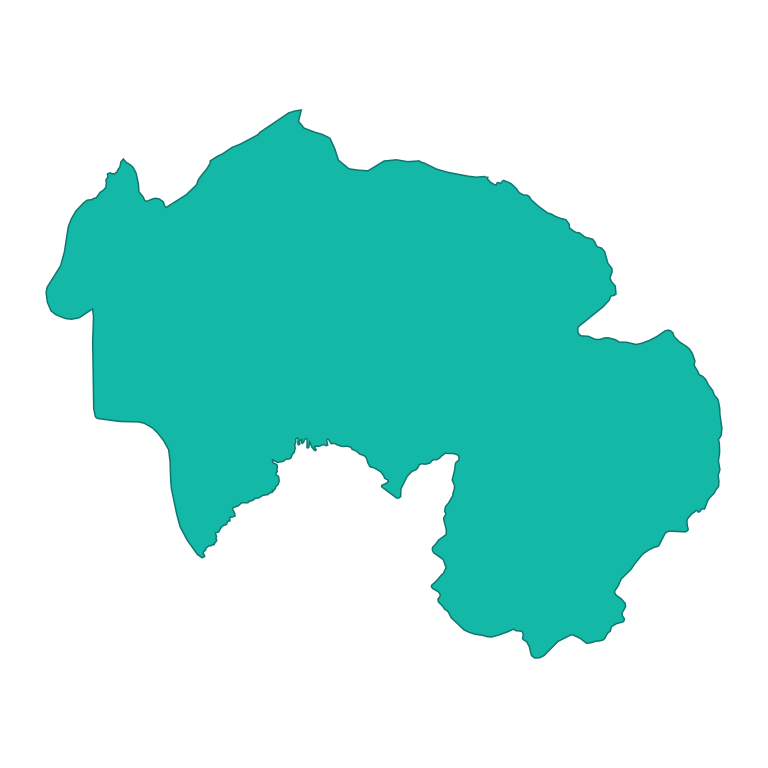 the district of Paksxong, Champasak, Laos
{"feature_id": "54806243B99884801714166", "entity_name": "Paksxong", "entity_type": "district", "adm_level": 2, "iso_a3": "LAO", "parent_name": "Laos", "parent_adm1": "Champasak", "projection": "orthographic", "projection_center": [106.383, 15.076], "detail": "fine", "context": "isolated", "style": "filled", "palette": "teal", "viewbox_px": 768, "rotation_deg": 0, "n_neighbors": 0, "source": "geoboundaries", "source_scale": "gbopen_adm2", "svg_char_len": 6104}
<svg xmlns="http://www.w3.org/2000/svg" viewBox="0 0 768 768"><path d="M92.7,341.3L93.7,408.7L95.4,416.7L96.3,417.7L97.7,418.5L119.9,421.5L138.3,421.9L144.2,423.2L152.5,427.9L158.0,433.3L163.8,440.9L168.7,449.8L170.1,461.9L170.7,480.5L171.4,488.6L176.7,514.0L180.1,526.7L187.1,540.0L197.6,554.7L202.2,557.7L204.6,556.6L204.6,555.8L203.1,552.8L203.5,551.8L205.4,550.3L205.9,548.2L208.8,545.9L211.2,545.7L212.7,544.5L214.0,544.8L214.9,542.8L216.5,541.0L216.7,539.9L215.9,538.7L216.6,536.3L215.4,533.7L215.8,532.7L218.6,532.0L221.5,526.9L223.2,525.5L226.4,524.5L227.8,521.3L229.9,520.9L229.7,518.5L230.2,517.1L232.4,517.0L235.0,516.1L234.8,513.6L232.4,508.6L233.0,507.7L238.1,505.9L241.7,502.8L247.9,502.8L250.0,500.9L251.2,501.0L253.5,499.8L255.2,498.3L258.5,498.0L263.0,495.3L267.9,494.6L269.3,493.3L272.8,491.9L272.4,490.4L273.9,490.4L275.6,488.0L275.5,486.9L278.1,484.5L279.2,481.1L278.7,477.1L278.0,476.0L276.2,474.8L275.8,473.7L277.4,471.3L276.6,469.9L277.3,468.5L277.2,465.4L276.5,464.4L273.6,463.2L272.6,461.6L272.5,459.8L277.5,462.4L282.7,461.5L284.6,460.4L286.4,458.7L287.7,459.2L290.2,458.6L291.1,457.7L292.3,454.2L294.2,452.5L295.2,448.2L294.7,444.7L295.8,442.3L295.6,439.3L296.7,438.0L297.5,438.1L298.1,438.9L297.9,443.3L298.0,444.5L298.6,444.8L299.8,444.3L299.7,441.5L300.7,439.5L301.6,439.5L301.8,443.0L302.4,443.3L303.6,442.2L304.4,439.9L306.0,438.4L306.7,438.6L307.2,439.2L306.9,447.2L307.4,448.0L308.7,447.5L309.8,442.1L311.9,447.1L314.5,450.5L315.6,450.5L316.1,449.9L314.5,446.8L314.8,446.4L319.6,446.1L322.8,444.7L324.0,444.6L326.2,445.7L327.7,445.2L326.7,440.4L327.1,439.2L327.8,439.1L328.6,439.5L331.1,443.7L334.5,443.3L336.6,444.6L341.1,446.2L343.8,446.5L346.5,446.1L350.8,447.1L352.0,449.2L356.6,451.2L359.6,454.0L364.8,456.0L366.5,458.2L367.9,463.1L369.8,466.4L370.7,467.1L374.1,467.8L380.8,471.8L383.5,475.4L384.7,478.3L388.0,480.0L388.3,480.7L387.2,482.8L381.8,485.3L381.5,486.2L382.0,487.1L396.7,498.1L398.9,498.0L400.7,496.5L400.9,488.9L407.1,476.5L411.8,471.5L415.9,469.7L417.4,468.4L419.3,464.6L421.6,463.8L425.6,464.2L429.6,463.2L433.0,459.8L436.9,459.6L439.4,458.2L441.5,456.0L445.2,453.3L453.7,453.6L457.6,454.9L458.5,455.6L459.2,459.7L455.9,462.6L455.3,464.3L454.6,470.2L452.2,480.0L454.6,485.9L454.3,489.1L453.0,493.2L452.8,495.6L448.5,503.1L445.8,506.2L445.1,508.1L444.7,511.5L446.1,513.7L443.7,518.0L443.8,519.7L446.3,529.7L446.2,534.5L438.6,540.1L435.7,544.1L432.6,547.3L432.3,549.8L433.6,552.7L443.2,559.5L446.1,567.5L443.2,573.7L441.8,574.6L436.2,581.2L431.9,585.0L431.4,585.7L431.5,587.1L432.7,588.5L438.9,592.2L439.9,593.8L440.2,595.3L439.9,596.6L438.0,599.1L438.3,601.5L438.9,602.4L442.9,606.4L444.5,609.1L447.2,610.8L448.7,612.7L451.1,617.6L464.2,630.0L468.7,632.1L474.9,634.2L482.6,635.3L487.3,636.7L491.5,637.0L497.9,635.3L507.5,631.9L513.1,629.3L513.9,629.2L515.6,630.6L521.4,631.2L522.5,632.1L523.3,634.8L522.5,638.7L523.9,640.1L526.7,641.7L529.4,646.9L531.0,654.1L531.9,655.9L534.7,658.0L539.7,657.8L544.1,655.5L558.0,641.4L570.7,635.0L572.7,634.9L580.1,638.3L586.6,643.3L591.3,642.7L596.1,641.1L599.0,641.0L602.8,640.1L604.8,638.4L607.4,633.4L610.3,631.1L611.2,627.3L612.1,626.2L616.6,623.6L622.6,622.0L623.7,621.2L624.5,619.0L622.5,616.0L622.0,613.1L625.6,606.7L625.2,603.4L621.5,599.1L616.1,595.1L614.4,592.3L614.9,590.7L618.1,586.0L621.1,579.1L631.3,569.0L634.9,563.6L641.7,555.2L644.0,553.1L649.1,549.7L654.0,547.4L657.8,546.4L658.9,545.5L665.3,533.0L668.8,531.1L685.6,531.9L687.6,530.6L688.2,529.6L687.3,525.7L686.9,521.0L687.7,518.5L692.1,513.5L694.3,512.2L696.1,510.4L696.8,510.4L698.6,512.2L700.1,511.2L701.3,509.4L702.3,508.9L704.6,509.0L707.8,500.4L709.3,498.1L714.3,493.1L715.6,490.2L718.6,486.4L718.9,481.3L718.2,475.3L719.9,469.6L718.4,460.8L719.5,453.9L719.6,449.6L719.3,443.2L718.4,439.5L720.6,436.5L721.3,434.7L721.9,428.3L719.9,414.2L719.7,408.3L718.3,400.7L717.7,399.1L714.4,395.3L712.6,390.5L708.6,385.2L705.6,379.3L702.5,376.3L699.0,374.5L698.0,371.8L694.4,365.8L694.2,364.6L694.9,360.9L692.5,353.8L689.7,349.3L686.8,346.7L679.2,341.7L674.2,336.7L672.8,332.8L670.6,330.8L668.3,330.1L665.0,330.9L657.3,336.3L649.6,340.3L641.7,343.3L636.2,344.5L626.7,342.3L619.3,342.1L615.5,339.7L608.5,337.8L604.7,337.9L600.1,339.4L595.4,339.4L588.3,336.3L581.2,335.9L579.2,334.5L578.3,333.0L577.8,331.4L577.8,328.1L578.6,326.5L603.1,306.8L609.2,300.1L610.8,296.0L613.8,295.5L616.0,294.2L615.3,286.1L611.5,281.7L610.3,278.8L610.2,277.1L612.1,271.8L611.9,268.6L607.9,263.3L604.6,251.6L601.7,248.2L597.3,246.7L596.5,245.9L595.1,242.6L592.7,239.2L585.1,237.2L579.2,232.7L576.6,232.6L574.0,231.4L569.5,228.0L569.2,224.2L565.8,219.6L559.8,218.2L555.4,216.4L551.2,214.0L547.6,213.0L538.1,206.0L531.3,199.9L529.4,196.8L527.6,195.3L523.5,195.0L519.2,192.7L516.1,188.4L511.5,184.0L509.1,182.6L503.6,180.4L502.2,181.3L500.8,183.2L500.3,183.5L498.2,182.5L497.3,182.6L496.3,184.8L494.8,184.9L490.1,182.0L488.9,180.3L487.6,179.7L487.7,177.2L486.3,177.5L484.5,176.5L476.3,177.2L468.1,176.2L447.2,172.2L436.8,169.2L424.7,163.3L420.8,162.1L419.3,160.9L407.6,161.7L396.5,159.8L384.1,161.0L368.0,170.8L357.5,170.1L348.9,168.8L338.4,160.1L334.8,148.8L329.9,138.2L322.5,134.5L313.9,131.9L304.0,128.1L298.5,121.2L301.3,110.0L295.7,110.8L288.7,112.9L259.7,132.5L258.9,133.8L256.4,135.6L240.1,144.2L232.1,147.4L222.3,154.0L217.1,156.5L210.1,161.0L210.5,162.6L209.9,163.7L207.0,168.6L200.5,176.6L197.8,180.9L196.9,184.1L195.9,185.5L186.0,194.9L165.9,207.6L164.4,205.4L163.4,201.9L159.3,199.0L155.8,198.3L153.4,198.6L146.6,201.4L144.5,200.1L143.2,197.0L139.0,191.8L138.4,184.3L137.2,178.0L136.1,173.2L134.9,170.7L133.0,167.3L129.9,164.6L126.4,162.5L123.3,159.0L121.0,161.7L119.8,167.3L118.2,169.3L116.6,172.5L115.8,172.6L114.6,174.3L113.7,173.7L111.9,173.8L110.1,172.8L107.4,173.9L107.9,177.0L105.9,180.0L106.4,182.9L105.9,186.9L105.1,188.3L102.7,190.7L100.1,192.3L96.3,197.8L93.6,198.5L91.5,199.7L87.1,200.2L84.1,202.4L76.0,210.9L71.3,219.0L68.3,226.7L64.4,251.9L60.6,265.8L47.1,287.3L46.1,292.4L47.3,302.0L51.0,310.8L55.7,314.6L63.4,317.8L66.5,318.7L71.6,319.2L77.9,318.1L79.9,317.3L92.6,308.9L93.5,316.8L92.7,341.3Z" fill="#14b8a6" stroke="#0f766e" stroke-width="1.5"/></svg>